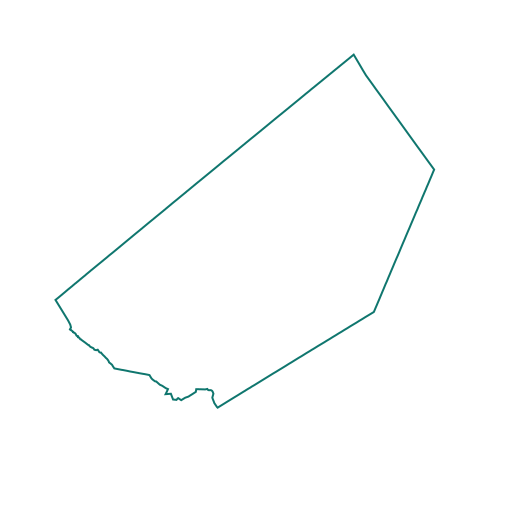 outline of Tecate, Baja California, Mexico, rotated 326°
{"feature_id": "50627088B66512895446284", "entity_name": "Tecate", "entity_type": "district", "adm_level": 2, "iso_a3": "MEX", "parent_name": "Mexico", "parent_adm1": "Baja California", "projection": "mercator", "projection_center": [-116.302, 32.436], "detail": "fine", "context": "isolated", "style": "outline", "palette": "teal", "viewbox_px": 512, "rotation_deg": 326, "n_neighbors": 0, "source": "geoboundaries", "source_scale": "gbopen_adm2", "svg_char_len": 5545}
<svg xmlns="http://www.w3.org/2000/svg" viewBox="0 0 512 512"><g transform="rotate(326 256 256)"><path d="M139.4,360.3L140.2,360.3L142.7,360.4L145.3,360.5L147.8,360.6L150.8,360.7L155.4,360.9L160.0,361.1L162.0,361.2L164.6,361.3L167.2,361.4L169.8,361.5L170.3,361.5L170.8,361.6L172.4,361.6L175.0,361.7L177.7,361.9L179.6,361.9L182.2,362.1L184.7,362.2L187.3,362.3L189.8,362.4L192.3,362.5L194.9,362.6L199.7,362.8L202.3,362.9L204.8,363.0L207.9,363.2L210.4,363.3L214.5,363.5L219.2,363.7L222.8,363.8L226.3,364.0L229.4,364.1L232.0,364.2L234.6,364.3L237.6,364.5L240.7,364.6L243.8,364.7L247.3,364.9L250.4,365.0L251.4,365.1L254.0,365.2L257.1,365.3L260.6,365.5L264.2,365.7L267.3,365.8L270.8,366.0L274.3,366.1L277.9,366.3L281.1,366.4L284.4,366.6L287.9,366.7L291.4,366.9L294.9,367.0L298.5,367.2L302.0,367.4L305.5,367.5L309.0,367.7L312.5,367.8L316.0,368.0L320.0,368.2L322.1,368.3L322.4,368.3L323.5,367.6L326.4,365.7L328.9,364.1L331.5,362.4L334.0,360.8L336.1,359.4L338.7,357.7L340.8,356.3L343.3,354.7L345.4,353.3L347.5,351.9L350.1,350.3L352.2,348.9L354.3,347.5L356.8,345.9L358.9,344.5L362.3,342.3L364.0,341.2L366.1,339.8L369.5,337.6L371.2,336.5L373.3,335.2L376.7,333.0L380.0,330.8L385.5,327.2L388.5,325.3L391.8,323.1L395.2,320.9L398.5,318.8L400.2,317.7L402.3,316.3L405.7,314.1L409.1,311.9L412.4,309.7L415.8,307.6L418.0,306.1L420.3,304.6L422.5,303.2L424.7,301.8L426.9,300.3L429.1,298.9L431.7,297.2L433.8,295.9L436.3,294.2L438.4,292.9L441.0,291.2L443.1,289.8L445.6,288.2L447.7,286.8L449.8,285.4L452.0,284.0L452.0,283.5L451.6,272.4L451.3,263.3L451.0,255.3L450.5,239.6L450.0,223.5L449.8,218.2L449.8,217.9L449.8,217.7L449.4,206.0L449.1,194.8L448.7,184.1L448.6,179.6L448.2,167.8L448.5,161.6L448.9,155.5L449.6,143.7L448.6,143.8L397.4,148.5L396.9,148.5L396.4,148.6L395.9,148.6L393.9,148.8L393.4,148.9L392.9,148.9L392.4,149.0L388.8,149.3L387.3,149.4L386.8,149.5L385.7,149.6L374.1,150.7L357.9,152.2L349.9,152.9L323.8,155.4L320.3,155.7L316.8,156.0L293.7,158.2L281.4,159.3L270.4,160.4L259.8,161.4L246.7,162.6L239.7,163.3L236.8,163.6L234.1,163.8L233.9,163.9L233.6,163.9L226.1,164.6L222.2,165.0L219.7,165.2L216.5,165.5L202.8,166.9L196.2,167.5L186.6,168.4L184.5,168.6L172.4,169.8L169.0,170.1L157.9,171.2L153.8,171.6L149.9,172.0L138.7,173.1L134.8,173.4L131.4,173.8L128.1,174.1L116.3,175.2L112.2,175.6L111.8,175.6L110.7,175.7L110.2,175.8L109.1,175.9L108.2,176.0L105.0,176.3L103.7,176.5L102.7,176.6L102.2,176.6L101.6,176.7L101.0,176.7L100.4,176.8L99.2,176.9L98.9,176.9L98.7,177.0L98.4,177.0L97.9,177.0L97.6,177.1L97.4,177.1L97.0,177.1L96.4,177.2L95.7,177.3L95.2,177.3L94.4,177.4L93.8,177.5L93.1,177.5L92.5,177.6L91.6,177.7L90.8,177.7L90.0,177.8L88.3,178.0L87.9,178.0L86.7,178.2L85.2,178.3L84.4,178.4L83.2,178.5L82.8,178.5L82.6,178.6L82.3,178.6L82.2,178.6L81.7,178.6L81.0,178.7L80.5,178.8L79.7,178.8L79.4,178.9L79.1,178.9L78.5,179.0L68.8,180.0L65.2,180.3L64.7,192.2L64.2,203.8L64.1,205.0L63.7,208.5L63.7,208.8L63.2,210.3L62.9,211.2L62.8,211.3L62.7,211.7L62.5,211.9L62.3,212.0L60.7,212.8L60.0,213.2L60.5,213.1L60.7,213.4L60.8,213.5L61.0,213.6L61.2,213.8L61.2,214.1L61.4,214.3L61.4,214.6L61.4,214.8L61.6,215.2L61.7,215.5L61.8,215.7L61.8,216.1L61.8,216.3L61.7,216.6L62.0,216.8L61.9,217.1L62.2,217.5L62.2,217.9L62.3,218.0L62.5,218.2L62.7,218.7L62.8,218.9L62.8,219.1L62.8,219.3L62.9,219.5L62.9,219.9L62.8,220.2L62.8,220.7L62.7,221.0L62.7,221.6L62.7,221.9L62.9,222.2L63.0,222.3L63.5,222.6L63.6,222.8L63.6,223.0L63.6,223.4L63.5,223.5L63.2,223.6L63.0,223.8L63.1,224.0L63.4,224.4L63.5,224.5L63.6,224.8L63.7,225.0L63.8,225.3L63.8,225.5L63.8,225.8L63.7,225.9L63.7,226.0L63.8,226.2L63.8,226.3L63.8,226.5L63.8,226.8L64.0,227.1L64.3,227.4L64.4,227.5L64.4,227.8L64.4,228.0L64.5,228.3L64.6,228.6L66.0,232.4L67.1,235.8L67.3,236.0L67.4,236.3L67.5,236.4L67.7,236.6L67.7,236.8L67.6,237.1L67.8,238.0L67.8,238.3L68.0,238.7L68.1,239.0L68.4,239.5L68.8,240.1L68.9,240.3L68.9,240.5L69.0,240.6L69.3,240.9L69.6,241.6L69.6,241.9L69.6,242.4L69.6,242.5L69.6,243.1L69.6,243.3L69.8,243.5L70.1,243.9L70.2,244.1L70.4,244.3L70.6,244.4L70.7,244.5L71.0,244.8L71.4,245.0L71.6,245.0L71.9,245.0L72.1,245.0L72.4,245.2L72.4,245.4L72.4,245.5L72.4,246.5L72.4,247.4L72.4,248.2L72.7,248.7L73.2,249.3L73.4,249.7L73.5,249.7L73.5,249.9L73.6,250.9L73.8,252.4L74.3,254.6L74.4,255.2L74.4,255.5L74.5,256.0L74.6,256.7L74.7,257.0L74.8,257.3L74.9,257.8L75.0,258.1L75.0,259.3L75.1,259.7L75.0,260.2L75.0,260.9L74.9,261.4L74.7,261.9L74.7,262.1L75.0,263.0L75.3,263.7L75.4,264.3L75.8,265.5L75.8,265.9L75.8,266.1L75.7,267.3L75.7,267.8L75.7,270.0L75.9,270.2L76.8,271.1L79.1,273.4L80.8,275.1L81.3,275.6L81.7,275.9L83.3,277.5L84.9,279.1L86.9,281.2L89.9,284.1L92.4,286.6L92.7,286.8L93.2,287.4L96.3,290.4L97.6,291.6L99.4,293.4L100.2,294.2L101.1,295.2L101.0,296.7L100.9,298.7L101.1,300.2L101.8,302.3L102.0,302.8L102.1,303.2L102.3,303.5L102.7,303.9L103.1,304.2L104.3,308.9L105.7,311.2L107.3,315.1L108.6,317.1L106.4,318.5L103.8,320.0L106.1,321.3L108.4,322.6L107.0,328.6L109.6,330.8L111.4,330.3L111.8,330.3L112.0,330.3L112.2,330.6L112.3,331.1L113.4,333.7L118.1,333.9L121.4,334.8L123.0,334.8L125.5,334.9L130.1,335.0L132.0,333.0L135.4,335.4L137.2,336.7L139.3,338.2L141.3,339.0L141.3,339.5L141.3,339.9L141.4,340.3L141.7,340.7L142.0,341.0L143.2,341.7L143.5,342.0L143.8,342.3L144.0,342.8L144.1,343.0L144.2,343.4L144.2,343.8L144.2,344.1L144.1,344.7L144.0,345.0L143.8,345.9L143.8,346.1L143.7,346.2L143.5,346.5L141.5,348.2L140.8,348.8L140.6,349.0L140.5,349.3L140.4,349.6L140.0,351.2L139.9,351.8L139.7,352.6L139.4,353.9L139.3,354.2L139.2,354.7L139.2,355.9L139.2,357.2L139.2,359.3L139.3,359.9L139.4,360.3Z" fill="none" stroke="#0f766e" stroke-width="2"/></g></svg>